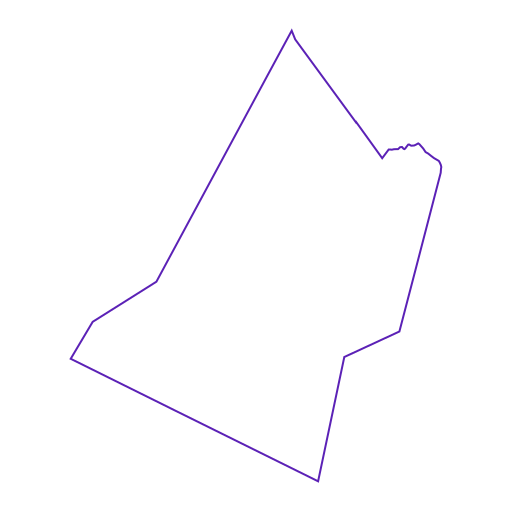 Goroka District, Eastern Highlands, Papua New Guinea (Albers equal-area conic projection)
{"feature_id": "67681753B3470631360402", "entity_name": "Goroka District", "entity_type": "district", "adm_level": 2, "iso_a3": "PNG", "parent_name": "Papua New Guinea", "parent_adm1": "Eastern Highlands", "projection": "albers", "projection_center": [145.434, -6.025], "detail": "fine", "context": "isolated", "style": "outline", "palette": "violet", "viewbox_px": 512, "rotation_deg": 0, "n_neighbors": 0, "source": "geoboundaries", "source_scale": "gbopen_adm2", "svg_char_len": 649}
<svg xmlns="http://www.w3.org/2000/svg" viewBox="0 0 512 512"><path d="M70.7,358.8L175.6,410.8L318.1,481.3L344.3,357.0L399.4,331.5L415.1,271.3L440.7,172.8L441.0,168.8L441.3,167.0L440.8,164.9L439.8,162.6L438.8,160.9L434.0,158.1L431.1,155.9L428.1,153.5L425.6,152.1L423.2,148.5L419.4,144.2L418.2,143.4L415.7,144.8L414.1,145.5L411.2,145.7L409.1,144.5L408.2,144.6L406.4,146.9L405.4,148.3L404.5,149.1L403.6,148.8L402.0,147.0L400.1,147.2L398.1,149.1L394.0,149.2L391.8,149.7L390.3,149.5L388.7,149.5L382.2,158.2L356.2,122.1L356.0,122.4L295.2,39.4L291.7,30.7L267.3,75.8L156.4,281.7L92.7,321.8L70.7,358.8Z" fill="none" stroke="#5b21b6" stroke-width="2"/></svg>